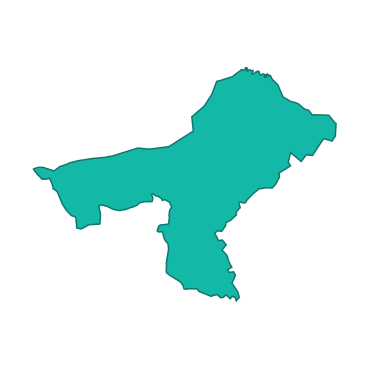 Nangere, Yobe, Nigeria (Mercator projection), rotated 81°
{"feature_id": "59680162B90533313280833", "entity_name": "Nangere", "entity_type": "district", "adm_level": 2, "iso_a3": "NGA", "parent_name": "Nigeria", "parent_adm1": "Yobe", "projection": "mercator", "projection_center": [10.961, 11.807], "detail": "fine", "context": "isolated", "style": "filled", "palette": "teal", "viewbox_px": 384, "rotation_deg": 81, "n_neighbors": 0, "source": "geoboundaries", "source_scale": "gbopen_adm2", "svg_char_len": 4598}
<svg xmlns="http://www.w3.org/2000/svg" viewBox="0 0 384 384"><g transform="rotate(81 192 192)"><path d="M163.6,45.7L159.2,41.7L153.8,40.5L150.9,39.9L146.9,39.0L146.3,39.9L137.6,44.9L136.1,52.4L134.6,61.3L129.6,63.9L127.8,67.8L121.8,72.9L120.0,75.7L118.1,80.2L112.4,87.2L99.5,90.5L93.5,95.0L89.1,96.5L88.9,96.8L88.9,97.1L89.1,97.5L89.4,97.8L89.5,98.0L89.3,98.1L88.9,98.2L88.5,98.3L88.2,98.4L87.8,98.6L87.5,98.8L87.3,99.0L87.3,99.4L87.5,99.5L87.9,99.6L88.3,99.7L88.7,100.0L89.0,100.2L89.1,100.4L89.2,100.5L89.5,100.5L89.9,100.6L90.1,100.8L90.2,101.0L90.2,101.3L89.9,101.7L89.9,101.9L90.0,102.1L90.0,102.4L89.8,102.6L89.5,102.7L89.2,102.6L89.0,102.4L88.9,102.1L88.9,101.8L88.7,101.5L88.5,101.2L88.4,101.0L88.1,101.0L87.7,100.9L87.5,101.0L87.4,101.2L87.4,101.6L87.2,102.1L87.2,102.4L86.9,102.6L86.7,102.7L86.5,102.9L86.6,103.5L86.6,104.1L86.7,104.5L86.9,104.7L87.1,105.0L87.4,105.4L87.5,105.6L87.4,105.9L87.2,106.2L86.6,106.3L85.9,106.7L85.4,107.0L85.0,107.0L84.9,106.8L84.4,106.7L83.4,107.1L83.3,107.4L83.5,107.8L83.1,108.0L82.9,108.3L82.8,108.6L83.1,108.9L83.5,109.2L83.8,109.5L83.5,110.1L83.7,110.6L84.1,111.1L84.4,111.6L84.6,112.0L85.0,112.5L84.9,113.2L85.0,113.6L85.0,114.0L84.8,114.3L84.3,114.4L83.9,114.0L83.5,113.6L83.2,113.2L82.8,112.9L82.3,112.9L82.0,112.8L81.5,112.8L81.4,113.3L81.5,113.8L81.4,114.2L80.7,115.3L80.3,116.2L80.3,116.6L80.7,117.1L81.1,117.6L81.3,118.1L80.7,119.1L80.1,118.9L79.7,118.9L79.6,118.6L79.6,118.2L79.2,118.0L78.7,118.0L78.2,118.3L77.7,118.6L77.6,119.0L77.7,119.6L77.8,119.9L78.0,120.2L78.6,120.3L79.2,120.3L79.5,120.6L79.7,121.1L79.7,121.6L79.4,122.4L79.4,122.9L79.5,123.4L78.8,123.8L79.2,124.7L80.2,126.1L81.1,128.1L84.4,134.1L85.3,139.9L85.5,142.2L86.2,145.4L86.2,145.7L86.2,146.1L86.4,147.8L86.6,150.3L98.8,157.2L109.0,166.4L111.7,170.7L115.9,177.5L117.7,180.4L132.1,181.2L133.4,184.4L141.8,203.7L143.6,207.9L143.0,227.6L140.1,238.6L144.1,265.9L144.0,267.6L143.8,269.1L144.2,270.6L144.1,273.1L143.7,279.6L143.4,284.1L143.3,292.6L143.5,293.7L143.2,295.4L143.3,298.5L143.4,301.6L143.7,303.4L143.9,305.7L144.0,308.2L144.1,308.4L144.8,310.7L144.9,310.9L145.2,312.8L145.9,316.0L146.0,318.1L149.6,325.0L144.4,335.2L143.6,339.9L143.7,340.4L143.9,341.8L144.2,343.7L144.6,345.0L146.6,344.1L148.7,342.8L150.0,342.2L152.1,340.7L153.5,339.7L155.7,338.3L156.2,336.7L156.5,332.9L156.1,330.7L158.2,330.1L159.4,329.6L160.9,329.2L165.7,328.5L166.9,328.8L169.5,326.0L171.4,324.8L183.1,322.1L189.9,319.2L195.3,315.7L196.7,314.4L198.1,311.3L199.1,311.2L199.8,310.8L200.2,310.7L200.7,310.6L202.9,311.2L203.3,311.2L203.7,311.0L204.7,311.0L206.6,311.2L209.5,311.5L211.2,307.2L209.5,302.4L208.2,298.9L209.2,288.0L202.5,286.4L201.5,286.2L199.5,285.9L196.6,285.9L194.3,286.2L190.9,286.1L191.0,284.8L190.5,283.7L193.0,277.9L195.7,274.1L195.7,273.9L197.2,271.8L197.7,270.0L198.1,269.3L199.1,266.0L198.7,261.6L199.0,261.0L197.6,253.9L197.7,253.4L196.4,247.9L195.9,247.7L194.4,245.0L194.1,240.4L195.2,233.0L194.2,232.4L192.3,231.8L191.1,231.6L189.2,232.2L188.1,232.3L187.6,230.9L188.7,229.8L189.9,228.8L190.6,227.4L191.2,225.6L192.6,224.5L192.9,224.2L193.2,223.9L193.3,223.6L193.7,223.3L194.3,223.1L195.4,222.6L195.7,222.2L195.9,222.1L195.0,220.5L198.5,215.9L203.0,214.6L204.9,215.1L206.1,216.7L207.4,217.0L208.1,217.5L209.3,217.8L210.3,217.6L211.2,218.4L212.2,218.3L214.4,218.4L216.5,219.4L218.3,219.4L220.0,220.5L219.7,228.5L220.0,229.4L220.3,229.9L220.8,230.4L221.3,230.7L223.3,231.7L225.0,232.5L226.2,231.3L226.7,227.4L233.2,226.8L235.7,226.0L237.3,225.1L238.8,224.2L240.2,223.7L244.2,224.1L244.3,224.1L244.9,224.1L258.8,228.7L260.4,228.6L266.8,230.0L268.2,229.5L271.9,225.7L279.0,217.5L282.9,215.4L286.4,215.1L287.3,212.5L286.9,211.0L287.9,205.5L288.5,202.0L291.2,200.8L294.9,194.6L296.8,191.5L298.1,189.3L297.5,187.3L297.4,185.2L297.2,183.4L298.7,181.9L300.7,180.6L301.0,177.8L299.0,174.3L303.4,171.0L301.2,168.5L302.4,167.1L302.3,166.0L303.7,165.5L304.8,165.8L306.4,165.3L303.4,161.8L297.5,162.5L288.3,166.8L281.1,162.1L277.3,163.5L277.3,167.8L274.3,169.1L272.5,164.5L270.6,165.2L267.7,166.1L264.9,166.9L263.0,166.9L261.2,167.3L260.0,167.5L257.8,168.9L254.1,171.4L253.9,171.3L249.5,166.5L244.2,169.5L244.2,173.4L236.3,175.9L236.2,175.9L234.3,173.1L235.4,168.8L230.9,164.4L227.3,163.0L226.1,158.5L226.0,158.4L221.5,151.6L219.5,152.0L215.7,148.0L215.1,146.8L210.2,147.6L209.4,146.3L211.0,142.5L211.0,141.0L208.5,138.9L203.8,132.8L199.4,125.4L199.4,118.4L200.6,112.2L200.1,111.6L197.9,108.6L191.1,103.3L186.9,103.0L181.6,90.7L177.4,92.2L168.5,88.4L172.6,84.9L173.4,84.1L178.9,79.4L173.1,73.2L174.8,67.3L159.9,53.7L163.6,45.7Z" fill="#14b8a6" stroke="#0f766e" stroke-width="1.5"/></g></svg>